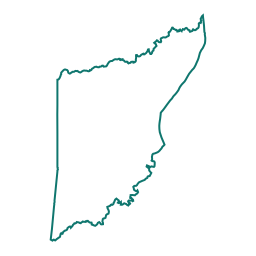 Floresta do Araguaia, Pará, Brazil
{"feature_id": "56859067B99934361851044", "entity_name": "Floresta do Araguaia", "entity_type": "district", "adm_level": 2, "iso_a3": "BRA", "parent_name": "Brazil", "parent_adm1": "Pará", "projection": "natural_earth1", "projection_center": [-49.514, -7.553], "detail": "fine", "context": "isolated", "style": "outline", "palette": "teal", "viewbox_px": 256, "rotation_deg": 0, "n_neighbors": 0, "source": "geoboundaries", "source_scale": "gbopen_adm2", "svg_char_len": 5728}
<svg xmlns="http://www.w3.org/2000/svg" viewBox="0 0 256 256"><path d="M164.5,144.7L164.0,143.4L161.5,137.5L159.8,132.3L159.7,131.5L159.4,129.1L159.3,126.5L159.3,125.5L159.5,123.1L159.8,120.9L160.1,119.2L160.7,114.0L160.7,113.0L161.7,111.5L162.5,110.7L164.0,108.8L166.6,105.2L167.7,103.7L170.2,100.4L171.9,98.6L173.3,96.4L174.0,95.6L175.2,94.4L176.6,92.7L178.4,90.2L179.4,88.0L180.0,86.9L181.5,84.8L182.1,84.1L184.6,81.5L185.5,80.1L186.2,78.9L186.8,77.8L187.3,76.9L189.1,73.8L191.8,70.4L192.3,69.8L193.7,68.4L194.3,67.5L195.6,65.1L196.7,62.5L197.8,60.1L198.5,58.2L199.9,52.9L201.3,50.1L202.7,48.2L203.7,46.2L204.9,43.4L205.2,41.1L205.3,37.9L204.8,34.5L204.9,33.1L204.4,32.0L204.3,30.6L204.0,25.5L203.5,20.7L203.1,17.7L202.9,15.4L202.1,16.1L201.6,16.9L201.3,17.8L200.7,18.6L200.8,19.8L201.2,20.5L200.8,21.2L201.1,22.2L200.7,23.0L200.1,22.7L199.4,22.9L198.8,23.5L198.9,25.5L198.8,26.3L198.6,27.3L198.2,28.0L197.5,28.5L196.7,28.8L196.4,29.5L195.1,30.2L194.3,30.1L193.1,29.3L192.7,29.9L192.4,30.9L190.0,31.8L189.5,31.1L189.5,30.3L188.0,29.7L187.5,29.1L187.0,28.3L186.2,27.9L185.5,28.2L184.8,28.9L184.3,29.6L183.6,29.3L182.9,29.1L182.5,30.0L181.8,30.4L181.6,31.2L181.0,30.8L180.1,29.5L179.5,29.7L178.9,30.3L179.0,31.2L178.2,31.4L177.3,31.5L177.1,30.6L176.5,29.9L175.9,30.1L174.4,29.1L173.6,29.0L173.3,28.3L172.7,27.6L172.1,27.7L171.4,29.3L170.5,30.8L169.6,32.0L168.9,32.0L168.5,32.7L168.8,33.5L168.8,34.4L168.9,35.4L168.4,36.0L166.8,36.7L166.0,37.3L165.3,37.5L163.5,37.3L162.7,37.5L161.9,38.0L161.2,38.2L160.8,38.7L160.7,39.6L161.0,40.5L161.2,41.3L160.8,42.2L159.3,42.2L158.6,41.9L157.6,40.6L156.9,40.3L156.3,41.1L154.2,42.8L154.7,43.4L155.5,43.7L156.0,44.4L156.1,45.2L156.5,45.9L155.3,47.1L154.6,47.9L154.0,48.4L153.5,49.1L153.6,49.9L153.4,50.6L152.6,51.1L152.2,51.7L152.1,52.8L151.2,54.0L150.4,54.0L149.7,52.5L149.2,51.9L148.9,51.2L148.9,50.3L148.7,49.3L148.0,49.5L147.5,51.1L146.0,53.2L145.2,53.6L144.6,54.3L143.7,54.3L143.3,53.7L142.6,54.0L142.0,54.4L141.2,54.8L140.1,56.1L139.3,56.4L138.5,56.4L137.9,56.2L137.3,55.7L136.9,55.0L136.1,55.1L136.0,56.1L136.2,57.0L136.1,57.8L135.8,59.8L135.9,60.8L135.3,61.8L134.5,62.3L133.5,62.6L133.4,61.8L132.6,61.7L131.1,61.9L130.5,62.8L129.6,62.9L128.5,63.4L127.7,62.7L127.5,61.8L126.7,61.6L126.0,61.8L125.2,61.8L124.6,61.4L124.1,60.6L123.4,60.3L122.7,60.0L122.6,59.2L121.8,59.3L120.8,60.1L120.0,59.8L120.0,59.0L119.1,58.7L117.5,59.4L116.6,59.4L115.8,59.2L114.6,59.4L113.5,60.0L112.1,61.0L111.3,61.0L110.4,61.2L109.4,61.7L108.5,62.8L107.4,64.5L107.1,65.3L106.3,66.3L105.0,66.5L103.6,66.6L103.0,65.7L102.1,65.7L101.3,66.4L100.3,66.7L99.6,66.7L98.9,67.3L97.1,67.1L96.5,66.7L95.8,66.8L94.9,66.9L94.3,67.2L93.1,68.2L92.4,68.5L91.8,69.0L91.4,69.9L90.6,70.4L89.9,70.1L89.4,71.1L88.6,71.3L87.7,71.1L87.0,70.8L86.1,70.6L85.3,70.7L84.6,70.5L83.5,70.6L82.1,71.3L81.5,71.8L80.9,72.2L80.2,72.5L78.4,71.8L77.9,71.2L77.2,70.9L76.3,71.1L75.5,70.9L74.7,71.3L74.0,71.8L72.4,71.8L71.8,72.4L71.1,72.7L70.4,73.4L69.7,73.6L69.1,73.3L68.3,72.7L67.8,70.8L67.2,70.1L66.2,69.8L65.5,69.5L64.6,69.5L63.6,70.1L61.5,72.3L61.1,73.0L61.2,74.3L60.7,75.0L60.5,76.0L59.6,78.0L59.1,78.8L58.4,79.5L57.4,79.7L57.4,105.6L57.3,114.3L57.4,132.8L57.4,167.2L57.8,167.8L57.6,168.7L57.9,169.6L57.4,170.4L57.4,171.6L54.8,197.8L54.5,200.8L54.6,201.6L54.5,202.5L54.2,203.3L54.3,204.2L54.0,206.7L52.4,224.0L52.0,228.3L51.9,229.4L50.7,239.6L51.7,240.2L52.5,240.6L53.1,239.9L53.8,239.6L54.5,240.2L55.3,240.4L56.8,239.0L57.7,238.5L58.4,237.8L59.1,237.5L60.0,236.8L60.2,235.8L60.6,233.9L61.2,233.2L61.7,233.8L62.5,233.8L62.8,233.1L63.3,231.8L63.9,231.4L64.9,230.6L65.6,230.5L67.1,229.6L67.5,228.1L68.4,227.3L69.1,226.8L69.9,226.5L70.6,226.6L70.9,227.7L72.2,226.3L72.7,225.6L73.1,224.7L73.8,224.2L74.4,223.3L75.4,223.4L76.2,222.9L76.8,222.0L77.9,222.3L78.7,222.3L79.5,222.9L80.7,223.2L81.4,222.4L82.3,222.0L82.8,221.5L83.7,221.8L84.6,221.8L85.5,221.9L86.0,221.2L86.7,221.5L87.1,220.9L87.9,220.9L88.6,221.6L89.3,222.3L90.1,222.6L91.5,222.6L91.8,223.6L91.7,224.5L92.4,224.9L93.1,224.9L93.9,225.4L95.2,225.8L95.8,225.4L96.6,224.8L97.3,224.0L97.9,222.8L99.2,222.1L100.0,222.9L100.9,224.2L101.7,224.4L103.0,224.2L103.0,223.0L102.4,221.3L102.7,219.9L102.8,219.1L103.4,218.5L104.6,218.3L105.5,217.8L106.1,215.1L106.9,214.3L107.5,214.1L108.5,213.6L108.9,211.8L108.7,210.6L108.2,209.5L107.6,208.4L107.3,206.9L108.9,206.3L110.3,205.7L110.6,205.0L111.5,204.5L112.1,204.9L113.0,204.4L113.6,203.6L113.6,202.8L114.3,201.9L114.7,200.7L115.2,199.6L116.4,198.6L117.8,199.8L118.6,200.3L119.3,201.7L118.6,201.7L117.9,202.7L118.8,203.1L120.3,202.7L120.9,202.1L121.0,203.8L120.8,204.7L121.9,204.8L123.0,204.3L123.6,203.6L124.4,203.3L125.4,203.8L126.2,204.0L126.9,204.8L127.5,205.0L128.2,205.5L128.7,204.9L129.6,204.2L130.1,203.6L129.6,202.9L128.9,203.2L128.1,201.3L128.8,200.5L130.5,200.6L131.9,200.3L132.5,201.2L133.2,200.9L133.0,199.7L131.9,198.7L131.4,198.0L130.3,198.0L130.2,197.0L130.5,196.2L130.6,195.1L132.3,195.0L134.9,195.3L135.8,194.4L137.3,193.4L138.1,192.1L137.4,190.4L136.8,191.1L135.9,191.0L135.0,190.5L134.0,189.7L133.7,187.9L133.3,186.9L134.3,185.9L136.1,185.8L136.9,185.2L137.7,183.8L138.4,183.0L139.0,182.3L140.8,181.5L142.6,180.7L143.7,180.3L144.7,179.9L145.7,178.7L146.4,178.4L147.3,177.9L147.6,176.6L148.3,176.2L149.6,176.1L150.1,175.2L150.6,174.3L151.3,172.9L150.7,172.3L150.0,171.5L149.5,170.9L149.1,170.0L149.2,168.6L148.3,167.9L146.6,166.6L147.0,165.4L148.9,166.2L150.4,167.0L151.4,166.4L153.9,166.9L154.5,166.2L154.6,165.1L154.7,164.0L154.7,162.4L154.3,161.5L153.2,161.1L152.3,161.1L151.6,160.6L152.1,159.6L152.1,158.3L151.9,156.9L152.2,155.8L152.4,154.6L153.1,153.8L154.8,153.4L157.7,152.2L158.8,151.4L159.9,150.3L160.3,149.7L161.2,148.8L162.0,147.6L162.4,146.7L163.4,145.9L164.5,144.7Z" fill="none" stroke="#0f766e" stroke-width="2"/></svg>